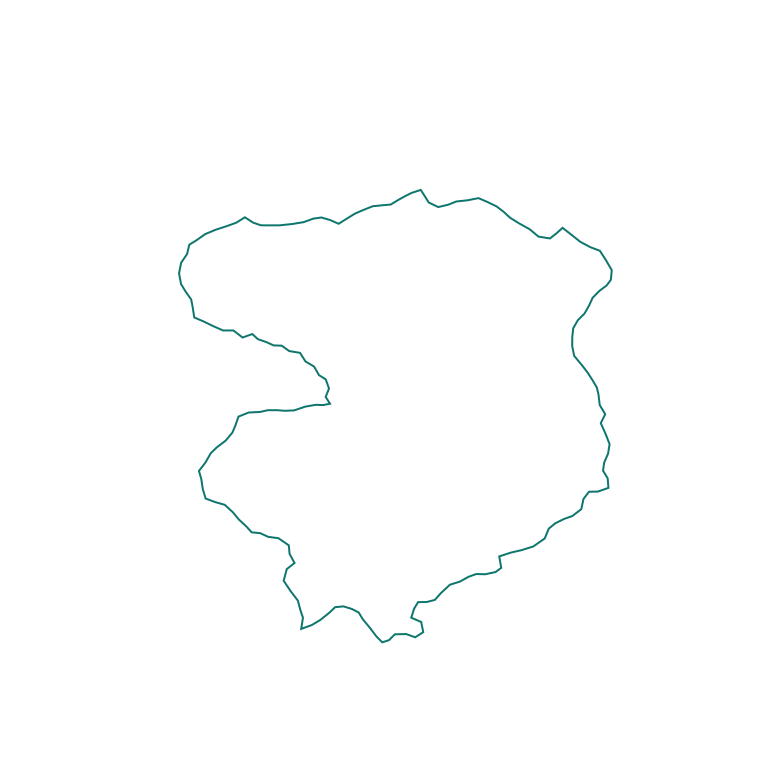 Onça de Pitangui, Minas Gerais, Brazil (Mercator projection), rotated 310°
{"feature_id": "56859067B58243953475377", "entity_name": "Onça de Pitangui", "entity_type": "district", "adm_level": 2, "iso_a3": "BRA", "parent_name": "Brazil", "parent_adm1": "Minas Gerais", "projection": "mercator", "projection_center": [-44.742, -19.698], "detail": "fine", "context": "isolated", "style": "outline", "palette": "teal", "viewbox_px": 768, "rotation_deg": 310, "n_neighbors": 0, "source": "geoboundaries", "source_scale": "gbopen_adm2", "svg_char_len": 2386}
<svg xmlns="http://www.w3.org/2000/svg" viewBox="0 0 768 768"><g transform="rotate(310 384 384)"><path d="M281.3,569.1L290.7,572.7L297.7,576.8L303.4,583.9L311.6,590.3L318.5,592.0L326.0,583.1L336.3,589.5L344.8,595.9L355.5,602.8L369.0,606.4L379.1,603.2L387.3,604.7L396.4,608.7L403.9,613.1L414.9,615.6L424.2,610.7L433.2,610.3L439.2,617.1L448.7,622.7L455.5,616.0L458.4,607.5L465.3,603.2L474.7,600.4L482.9,595.5L487.9,586.4L493.4,575.2L503.0,572.9L506.6,562.7L513.8,555.1L518.2,549.2L521.0,541.1L523.5,533.1L525.4,524.7L527.8,511.6L534.1,503.7L541.2,497.9L548.4,493.1L557.5,491.5L566.8,492.3L575.4,490.8L584.2,488.4L594.0,489.2L602.7,491.2L609.7,490.8L617.6,485.3L621.7,473.9L624.8,463.7L621.4,454.0L619.1,443.0L618.8,431.6L618.4,420.4L610.4,419.3L602.2,417.6L596.2,407.6L596.2,396.1L594.0,384.9L592.4,373.8L592.8,365.2L592.4,356.1L589.8,345.8L587.1,336.9L578.2,329.7L570.3,322.1L562.4,317.8L554.4,311.8L551.8,301.7L556.3,287.4L548.1,282.3L541.2,279.3L533.8,276.5L525.8,273.8L519.8,267.8L512.9,261.1L504.0,256.3L495.8,252.2L486.4,249.1L477.6,246.3L475.0,237.4L471.3,229.0L465.3,223.6L456.2,218.3L447.3,210.6L438.6,202.2L431.9,194.3L426.4,187.6L423.5,180.0L422.3,170.3L412.5,167.1L403.6,161.9L394.0,155.9L383.9,150.7L373.4,147.9L365.6,145.3L357.0,149.6L346.4,150.7L337.0,155.9L330.1,164.3L327.2,172.8L324.8,182.0L320.0,187.9L313.0,195.9L315.9,205.5L318.5,215.8L321.6,226.4L328.2,234.2L328.7,245.8L337.6,251.0L337.3,258.6L340.4,266.7L342.6,274.6L347.6,281.0L348.3,290.2L353.9,299.7L350.8,309.3L352.4,319.3L349.0,328.5L350.1,336.4L345.2,344.8L336.6,347.6L334.2,355.3L328.7,350.9L324.1,345.0L315.9,338.1L306.1,332.2L300.1,325.7L295.1,318.8L289.2,311.8L282.8,306.9L275.1,298.6L265.5,293.5L256.5,296.9L249.3,299.1L238.8,299.1L227.8,296.6L219.6,295.8L209.0,297.7L198.5,298.1L193.6,305.3L186.9,312.9L181.6,321.0L185.0,330.5L189.1,339.7L188.6,350.6L186.9,359.8L186.4,370.1L185.3,378.0L190.1,384.9L192.5,393.6L198.0,402.2L199.2,414.8L193.2,420.8L189.4,430.5L179.7,428.5L168.8,433.6L165.3,445.6L162.7,457.3L157.1,465.2L152.9,472.1L143.2,478.0L152.9,483.6L162.4,486.9L174.1,489.2L181.6,490.0L187.6,495.9L191.0,504.0L192.7,511.5L190.1,519.1L188.3,529.2L185.7,540.8L185.0,548.7L191.0,552.5L199.2,553.2L206.7,561.7L210.0,570.7L219.1,573.6L225.6,565.5L222.5,555.1L231.3,551.5L238.8,550.3L244.4,556.8L251.2,561.7L260.5,562.0L272.6,563.5L281.3,569.1Z" fill="none" stroke="#0f766e" stroke-width="2"/></g></svg>